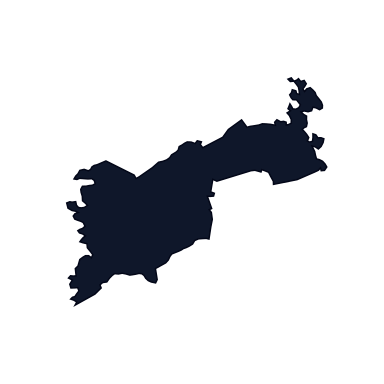 the district of São José do Cedro, Santa Catarina, Brazil, rotated 155°
{"feature_id": "56859067B92254336371282", "entity_name": "São José do Cedro", "entity_type": "district", "adm_level": 2, "iso_a3": "BRA", "parent_name": "Brazil", "parent_adm1": "Santa Catarina", "projection": "mercator", "projection_center": [-53.558, -26.479], "detail": "fine", "context": "isolated", "style": "filled", "palette": "ink", "viewbox_px": 384, "rotation_deg": 155, "n_neighbors": 0, "source": "geoboundaries", "source_scale": "gbopen_adm2", "svg_char_len": 3487}
<svg xmlns="http://www.w3.org/2000/svg" viewBox="0 0 384 384"><g transform="rotate(155 192 192)"><path d="M311.2,229.7L308.5,225.9L305.5,223.7L303.8,221.5L307.2,221.8L309.8,220.4L309.7,217.0L307.9,215.1L305.1,212.4L303.5,210.4L303.4,206.2L306.7,205.2L309.2,205.5L311.8,205.2L311.3,202.5L308.8,200.2L307.2,197.3L310.0,196.6L312.3,195.6L314.6,194.3L312.4,192.2L309.0,189.5L310.4,185.7L309.3,181.4L308.4,177.1L311.0,174.9L312.6,178.0L315.4,179.3L318.5,179.0L322.2,178.2L324.7,175.3L326.6,173.1L330.1,171.9L331.4,168.1L332.4,165.0L335.0,165.9L337.5,167.4L340.3,166.2L337.6,162.8L341.7,160.1L342.3,156.2L339.0,154.8L336.0,153.6L336.3,150.1L339.9,148.2L342.3,146.7L344.8,147.1L347.2,146.2L344.8,143.9L342.9,141.0L345.7,138.9L323.1,140.5L314.9,143.4L314.7,146.7L311.3,147.7L307.2,146.5L303.2,148.8L299.4,150.2L296.6,150.7L293.3,148.8L289.6,147.9L286.4,145.6L283.5,143.0L280.9,142.2L278.0,141.4L274.4,140.6L272.0,139.1L270.7,136.6L270.4,133.4L269.1,130.2L267.0,127.7L263.4,125.0L260.6,127.3L257.5,138.1L248.7,138.7L245.8,138.9L242.2,140.4L239.3,142.9L236.5,144.4L232.4,144.2L229.1,144.0L226.2,144.0L223.7,144.4L221.1,144.1L217.8,144.1L213.5,144.6L210.1,146.9L205.9,146.8L201.7,145.2L198.6,143.9L196.5,142.2L189.6,152.6L185.2,158.6L183.1,165.4L183.9,168.7L181.2,168.7L179.9,181.7L177.3,180.3L174.2,179.2L172.3,181.4L175.0,184.2L167.8,194.7L164.9,191.3L129.6,186.4L125.8,185.1L123.3,183.0L121.0,181.0L119.3,182.8L116.8,180.3L114.2,177.5L114.1,173.1L113.7,167.3L114.9,164.5L91.5,158.8L72.6,158.3L68.3,158.3L65.3,159.6L65.9,156.7L62.8,155.6L59.3,157.7L59.6,161.2L60.7,164.7L62.8,167.4L65.2,169.4L64.6,173.1L63.7,176.9L63.8,180.2L63.8,183.0L61.2,180.8L59.3,177.6L55.8,178.7L52.3,181.4L50.0,184.5L52.2,186.7L55.0,187.9L55.6,191.5L57.8,193.6L59.4,190.1L61.4,187.0L64.3,187.5L65.9,189.5L63.2,192.0L63.7,195.7L64.4,198.4L65.6,202.3L63.2,202.9L60.7,202.9L58.5,205.8L57.7,209.2L56.1,212.4L58.0,215.0L59.3,218.5L56.1,218.1L52.9,215.7L49.3,215.1L46.6,217.8L43.9,215.7L41.6,212.7L38.4,213.0L37.1,215.5L36.8,218.9L37.7,223.0L38.7,226.9L38.4,230.2L39.4,233.4L40.8,236.6L44.5,237.0L47.5,235.5L48.0,238.6L45.3,240.0L42.7,241.8L43.2,245.7L46.8,246.2L47.6,249.7L50.0,249.1L52.8,249.4L51.8,245.4L51.2,242.2L52.1,238.5L53.4,235.0L55.6,236.9L55.1,239.8L57.9,242.3L59.8,240.0L62.4,238.8L62.3,235.5L61.6,233.0L58.3,231.4L57.6,228.4L56.9,225.2L59.5,223.3L62.8,223.1L65.5,224.7L65.6,227.4L66.0,230.5L67.8,228.7L69.8,226.9L68.4,224.0L72.4,223.5L71.4,220.1L71.4,215.7L73.0,212.4L75.8,212.3L78.3,212.8L77.2,215.5L79.1,217.3L82.0,218.2L84.5,221.6L87.6,220.3L88.2,217.2L92.2,220.1L96.0,222.3L99.5,224.1L103.0,224.4L106.2,225.3L108.7,226.0L111.6,226.9L114.8,227.4L116.6,236.4L132.6,233.3L141.0,228.6L163.5,227.6L164.4,231.5L162.3,233.5L165.6,236.2L168.7,234.6L171.7,237.6L175.2,239.4L178.2,239.3L180.9,238.8L184.4,238.6L186.8,235.8L189.3,234.9L191.9,234.6L194.8,234.3L197.7,232.5L201.4,231.8L205.4,232.1L209.7,233.1L217.6,230.8L233.2,228.1L237.0,227.8L237.3,231.8L256.9,256.5L266.5,256.8L269.4,257.4L272.1,257.0L274.3,255.3L277.0,255.0L280.2,258.1L284.5,259.0L287.6,256.7L290.6,255.6L293.4,253.7L291.0,252.0L288.0,251.9L284.3,249.8L280.7,247.8L277.1,246.4L275.7,243.8L276.2,240.4L279.4,240.2L282.2,241.2L285.5,242.0L288.9,243.5L291.7,241.4L292.6,238.6L293.2,234.5L294.9,230.3L293.3,226.8L292.4,224.0L296.1,223.5L299.1,224.4L301.4,225.9L302.3,228.8L301.5,232.4L304.9,233.4L306.9,234.8L310.2,235.0L311.2,229.7ZM52.8,249.4L53.8,253.5L57.3,253.7L56.2,250.6L52.8,249.4Z" fill="#0f172a" stroke="#020617" stroke-width="1.5"/></g></svg>